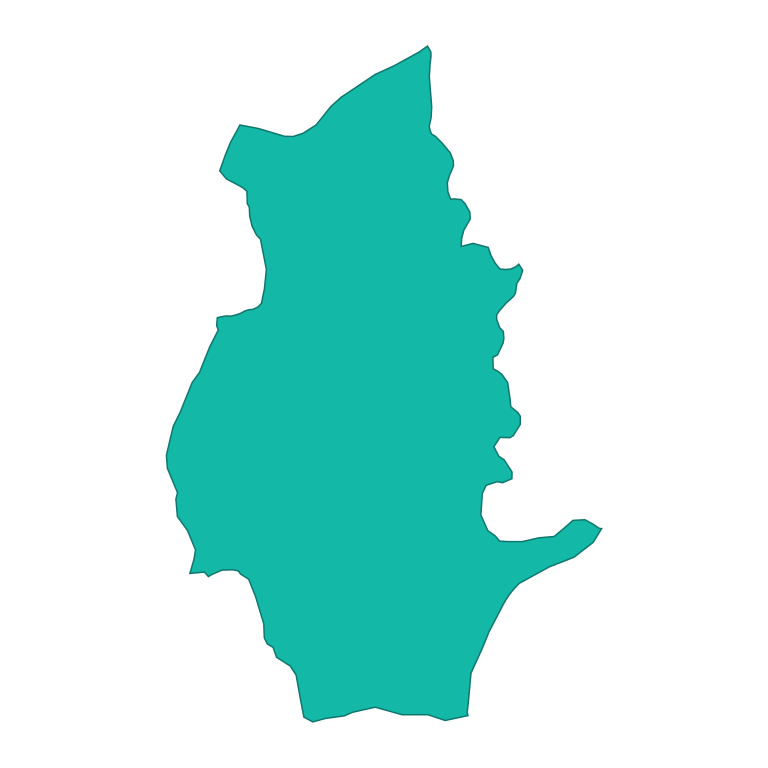 Al Bab, Aleppo, Syria (Equal Earth projection)
{"feature_id": "27442178B24628051118006", "entity_name": "Al Bab", "entity_type": "district", "adm_level": 2, "iso_a3": "SYR", "parent_name": "Syria", "parent_adm1": "Aleppo", "projection": "equal_earth", "projection_center": [37.625, 36.397], "detail": "fine", "context": "isolated", "style": "filled", "palette": "teal", "viewbox_px": 768, "rotation_deg": 0, "n_neighbors": 0, "source": "geoboundaries", "source_scale": "gbopen_adm2", "svg_char_len": 4393}
<svg xmlns="http://www.w3.org/2000/svg" viewBox="0 0 768 768"><path d="M254.6,594.1L255.5,596.4L263.8,624.0L264.3,637.8L267.4,644.0L273.1,647.4L276.6,657.3L290.3,666.1L296.1,675.0L300.7,700.6L303.9,717.1L312.7,721.9L325.3,718.5L344.6,715.8L352.4,712.3L375.1,707.2L385.3,710.0L402.0,714.7L427.8,714.7L430.9,715.7L445.3,720.5L449.2,719.6L468.0,715.6L467.8,714.8L467.6,714.0L467.2,712.4L468.3,702.5L471.0,673.1L482.2,648.5L487.5,635.6L488.9,632.0L502.3,606.3L502.4,606.0L502.6,605.7L502.8,605.2L503.0,604.9L503.1,604.7L503.2,604.4L503.4,604.2L503.5,603.9L503.7,603.6L503.8,603.4L504.0,603.1L504.1,602.9L504.3,602.6L504.4,602.3L504.6,602.1L504.7,601.8L504.9,601.6L505.0,601.3L505.2,601.1L505.3,600.8L505.5,600.5L505.6,600.3L505.8,600.0L505.9,599.8L506.1,599.5L506.2,599.3L506.4,599.0L506.6,598.8L506.7,598.5L506.9,598.3L507.0,598.0L507.2,597.8L507.4,597.5L507.5,597.3L507.7,597.1L507.9,596.8L508.0,596.6L508.2,596.3L508.4,596.1L508.5,595.8L508.7,595.6L508.9,595.3L509.0,595.1L509.2,594.9L509.4,594.6L509.6,594.4L509.7,594.2L509.9,593.9L510.1,593.7L510.3,593.4L510.5,593.2L510.8,592.7L511.0,592.5L511.2,592.3L511.4,592.0L511.5,591.8L511.7,591.6L511.9,591.4L512.1,591.1L512.3,590.9L512.5,590.7L512.7,590.4L512.8,590.2L513.0,590.0L513.2,589.8L513.4,589.5L513.6,589.3L513.8,589.1L514.0,588.9L514.2,588.7L514.4,588.4L514.6,588.2L514.8,588.0L515.0,587.8L515.2,587.6L515.4,587.3L515.6,587.1L515.8,586.9L516.0,586.7L516.4,586.3L516.6,586.1L516.8,585.9L517.0,585.6L517.2,585.4L517.4,585.2L517.6,585.0L517.8,584.8L518.0,584.6L518.2,584.4L518.4,584.2L518.6,584.0L518.8,583.8L519.0,583.6L519.2,583.4L519.5,583.2L549.4,566.8L574.0,557.2L593.2,542.3L601.6,528.6L600.4,528.5L599.1,528.3L592.8,524.0L584.9,519.7L572.9,520.4L566.0,526.6L554.1,536.5L539.0,537.8L522.3,541.6L507.7,541.6L499.6,541.1L495.3,536.0L487.8,530.6L480.9,515.1L481.6,504.1L482.4,493.2L486.2,485.3L497.2,481.7L502.6,482.7L511.9,478.7L512.0,472.0L504.1,459.8L498.8,456.3L493.9,446.7L500.0,437.4L509.8,437.7L513.3,435.6L520.3,424.4L520.3,416.3L517.8,412.5L510.8,406.8L510.1,399.2L507.6,382.5L504.9,378.7L501.8,374.3L499.9,372.8L498.0,371.4L493.2,368.8L492.9,357.4L497.5,354.9L503.1,343.0L503.9,338.4L503.3,331.4L499.7,327.7L496.7,319.5L496.6,314.9L499.6,310.6L506.0,303.2L513.3,296.6L515.4,293.3L516.9,283.2L520.0,278.6L522.7,270.3L518.8,264.2L515.6,266.9L510.5,269.1L505.4,269.5L500.2,269.1L497.3,266.0L494.7,262.4L491.0,255.5L489.6,251.4L488.2,247.4L479.0,245.0L473.1,243.4L469.6,244.3L464.1,245.7L461.2,246.5L461.3,244.8L461.4,243.1L461.7,238.2L462.5,235.2L463.8,230.2L465.7,226.9L466.4,225.7L468.5,222.1L470.3,219.0L469.8,212.1L465.1,203.7L461.2,199.6L454.6,198.9L454.0,198.9L452.5,199.1L450.7,199.3L447.9,192.0L447.4,184.6L447.3,182.8L448.3,179.3L449.5,175.4L451.8,170.0L453.4,166.0L453.5,165.6L453.4,164.6L453.3,160.7L450.4,153.1L443.5,144.7L442.6,143.6L440.4,141.4L435.6,136.5L431.5,134.0L430.0,130.2L429.4,127.1L429.2,126.4L429.6,124.4L431.1,117.7L431.7,107.0L431.7,106.8L429.3,76.6L429.7,70.7L430.0,64.7L431.0,56.5L430.9,53.3L430.8,51.9L429.8,50.1L427.5,46.1L423.5,48.9L421.0,50.7L420.3,51.2L419.7,51.7L415.9,53.8L401.5,61.7L394.2,65.7L382.5,71.1L375.2,74.4L373.0,75.9L371.3,77.1L361.8,83.4L357.8,86.1L353.5,89.0L341.3,97.1L330.9,106.5L324.3,114.7L316.2,124.9L311.8,127.7L303.0,133.3L296.8,135.3L294.8,136.0L294.5,136.1L294.3,136.1L293.3,136.5L284.5,136.3L264.8,130.4L258.2,128.5L246.4,126.2L239.9,125.0L237.7,129.3L234.0,135.9L230.4,142.6L225.3,155.2L219.7,170.8L226.4,178.9L235.9,183.9L242.7,187.6L246.9,191.3L247.3,203.7L249.3,207.1L249.7,215.9L252.0,225.9L253.9,229.8L256.4,234.9L260.1,238.7L260.4,239.0L260.7,240.3L261.9,246.5L266.1,268.0L266.4,269.2L264.8,285.1L264.4,289.1L262.6,297.4L262.2,299.8L262.0,300.4L261.5,303.3L260.5,304.3L258.1,306.9L253.1,309.3L248.3,309.9L245.2,310.8L240.9,313.2L237.3,314.5L231.3,316.1L227.2,316.0L225.7,316.0L223.3,316.4L221.0,316.8L217.3,317.7L217.1,320.3L217.0,320.9L216.8,324.3L216.7,325.8L217.6,328.1L218.3,330.0L209.9,346.5L204.1,360.8L199.5,372.4L192.2,382.5L184.4,401.7L180.1,412.5L179.4,413.9L178.4,415.9L177.9,416.8L177.5,417.6L176.7,419.3L173.3,426.1L169.8,440.7L166.4,455.3L167.4,468.3L170.3,475.3L177.5,492.7L175.9,499.2L177.4,516.5L187.5,530.5L195.5,549.9L194.0,559.2L189.9,573.4L204.4,572.1L206.4,574.3L208.4,576.6L212.4,574.2L218.5,571.6L222.1,570.1L226.0,570.0L233.0,569.8L238.4,571.0L240.6,574.1L248.7,579.2L254.6,594.1Z" fill="#14b8a6" stroke="#0f766e" stroke-width="1.5"/></svg>